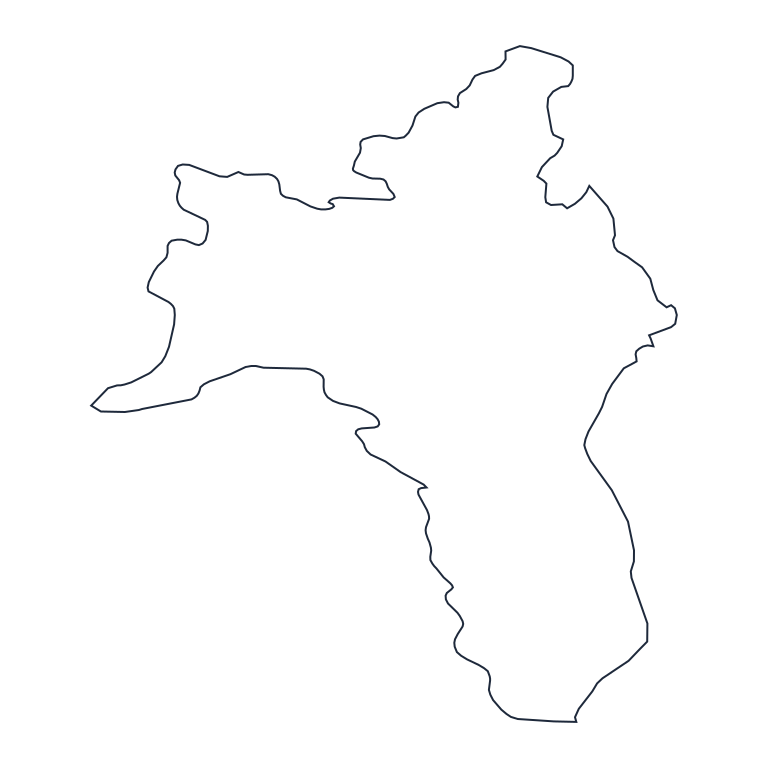 the border of Roscommon
{"feature_id": "IRL-727", "entity_name": "Roscommon", "entity_type": "County", "adm_level": 1, "iso_a3": "IRL", "parent_name": "Ireland", "parent_adm1": "", "projection": "natural_earth1", "projection_center": [-8.318, 53.695], "detail": "fine", "context": "isolated", "style": "outline", "palette": "slate", "viewbox_px": 768, "rotation_deg": 0, "n_neighbors": 0, "source": "natural_earth", "source_scale": "10m", "svg_char_len": 4132}
<svg xmlns="http://www.w3.org/2000/svg" viewBox="0 0 768 768"><path d="M640.1,648.8L628.6,660.8L602.5,678.3L597.1,683.4L592.3,691.4L578.8,708.8L575.0,717.2L576.3,721.9L553.9,721.4L517.7,719.0L510.9,716.9L506.4,713.9L501.3,709.6L493.1,700.1L490.3,694.6L488.9,689.9L490.1,680.5L490.1,678.6L489.7,676.3L487.8,671.2L484.1,668.2L478.6,664.9L467.1,659.4L461.2,655.8L456.9,652.1L454.7,646.7L454.3,642.8L455.0,639.3L457.7,634.1L462.6,626.5L463.2,623.9L462.6,621.2L459.8,616.0L457.5,612.8L448.0,603.5L445.9,599.4L445.6,595.7L446.8,593.0L451.4,589.3L452.9,587.4L452.1,585.4L450.4,583.4L443.6,577.4L436.4,568.4L434.2,566.1L432.3,563.5L430.4,560.1L430.3,556.8L431.2,550.6L430.9,547.6L429.5,542.5L427.8,538.7L426.0,533.4L425.6,530.2L426.0,527.2L429.1,518.8L429.0,516.3L428.5,514.1L427.0,510.1L418.5,494.6L418.0,491.9L418.7,489.2L421.1,488.1L426.5,487.5L423.7,484.6L400.6,472.1L385.5,461.5L370.6,454.5L366.8,450.9L364.8,447.2L364.0,444.2L362.1,441.2L355.7,433.7L356.1,431.1L358.2,429.3L361.7,428.4L374.4,427.5L377.7,426.4L379.2,424.3L378.9,421.7L377.6,419.2L375.7,417.0L372.6,414.5L361.3,408.7L356.1,407.0L339.6,403.4L333.0,400.9L327.7,397.3L326.0,395.0L324.5,392.3L323.9,389.7L323.6,386.8L323.7,379.3L322.5,376.3L319.5,373.7L314.0,370.8L309.9,369.4L306.2,368.7L263.5,367.7L255.8,366.0L251.2,366.0L245.6,367.0L230.4,374.2L209.7,381.3L203.9,384.3L200.4,387.3L199.6,390.5L198.4,393.5L196.8,395.8L194.5,397.7L191.5,399.4L142.1,409.0L138.9,410.0L124.9,412.0L100.9,411.5L91.2,405.6L108.0,388.2L117.1,385.4L120.8,385.3L124.6,384.5L131.2,382.4L148.7,373.7L151.1,372.1L161.6,362.3L165.3,356.2L169.0,346.8L174.1,324.4L174.8,315.0L174.3,308.7L173.0,306.1L170.9,303.9L168.5,302.0L148.5,291.4L147.6,287.6L148.8,282.1L154.0,271.5L157.9,265.9L163.6,260.5L166.4,257.3L167.6,252.8L167.6,245.9L169.0,243.0L171.6,240.7L177.1,239.7L181.6,239.7L185.8,240.4L195.4,244.4L198.9,245.1L202.6,243.5L205.6,239.9L207.8,231.0L207.9,225.8L207.1,221.9L205.2,219.9L183.7,209.7L181.5,207.7L179.8,205.7L178.4,203.2L177.3,200.0L177.0,196.8L177.4,193.7L180.1,182.8L179.1,180.2L175.3,175.5L174.7,172.5L175.5,169.4L178.0,165.9L182.7,164.5L189.2,164.9L219.5,176.3L227.2,176.9L238.4,172.0L244.1,174.5L247.5,174.8L268.3,174.2L272.0,175.2L274.7,176.7L277.0,178.9L278.4,181.3L279.3,184.4L280.1,190.8L280.9,193.8L283.0,195.8L285.8,197.3L296.8,199.4L310.4,206.4L317.2,208.7L321.1,209.4L325.4,209.4L329.2,208.9L332.3,207.8L334.0,206.3L332.7,204.1L330.7,203.5L328.7,202.2L329.9,200.5L333.0,198.7L339.3,197.6L389.9,199.9L392.9,198.8L394.7,197.0L393.4,193.9L389.2,189.4L387.8,186.9L386.8,183.8L385.6,181.3L383.5,179.5L380.2,178.7L372.5,178.5L368.9,177.7L356.2,172.5L354.0,171.1L353.1,170.1L352.9,168.7L353.9,165.6L354.8,161.6L360.0,152.7L360.8,148.1L360.2,144.5L360.6,141.9L363.0,139.4L373.5,136.2L379.5,135.6L384.9,136.0L392.6,138.1L396.6,138.5L403.8,137.3L405.7,135.7L408.6,132.7L412.5,125.5L415.4,116.5L418.6,112.5L424.3,108.8L437.3,103.2L444.0,102.2L448.7,102.7L453.3,106.4L455.4,107.4L457.9,106.8L458.4,102.8L457.7,99.6L458.0,96.4L459.9,93.1L466.3,89.0L469.7,85.4L472.5,79.5L475.1,75.9L481.5,73.3L493.7,70.1L499.9,66.8L502.6,63.7L505.6,59.5L505.5,51.4L519.9,46.1L531.2,48.1L560.7,57.3L568.6,61.5L572.8,65.4L572.8,75.7L572.5,78.8L571.4,81.5L570.1,83.9L568.2,86.1L561.3,86.9L553.1,91.6L548.2,97.9L547.4,106.9L551.7,130.8L553.4,134.8L563.2,139.4L561.7,146.2L557.2,152.9L554.6,155.6L550.2,158.2L541.9,167.1L537.3,176.5L543.7,180.8L546.4,183.6L545.3,197.2L546.1,202.3L551.0,205.0L562.3,204.3L567.1,208.3L574.9,203.8L581.4,198.3L586.3,192.2L589.3,185.9L607.5,206.6L613.4,218.6L615.0,235.3L613.0,240.2L614.5,247.1L617.5,251.1L627.6,256.8L634.5,261.9L642.1,267.3L650.3,278.7L653.3,290.0L657.5,300.3L666.6,307.3L671.1,305.2L674.9,308.3L676.8,315.0L675.2,323.8L671.1,327.1L649.1,335.3L650.6,338.4L653.4,346.3L647.7,345.4L642.9,346.5L639.2,348.7L636.3,351.3L635.6,354.3L636.3,358.1L636.6,361.4L623.8,368.3L612.2,383.9L606.5,394.0L602.1,406.9L598.9,413.3L588.5,431.5L585.5,439.2L584.3,445.1L585.1,448.1L587.3,454.0L590.7,461.0L611.8,490.2L628.0,521.6L634.0,550.3L633.9,561.4L630.8,571.4L631.5,577.9L647.4,623.5L647.2,641.6L640.5,648.4L640.1,648.8Z" fill="none" stroke="#1e293b" stroke-width="2"/></svg>